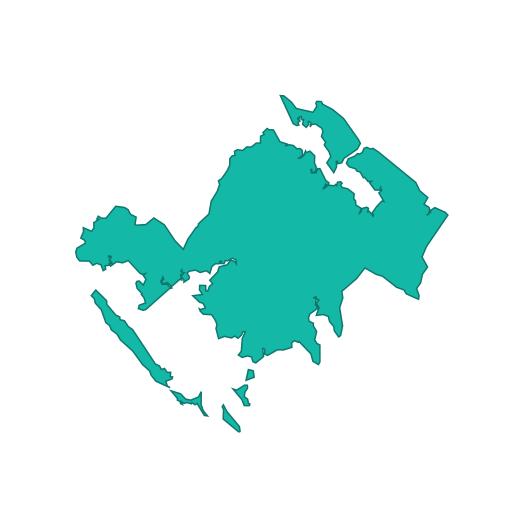 Wete, Kaskazini-Pemba, United Republic of Tanzania, rotated 304°
{"feature_id": "72390352B34611789685005", "entity_name": "Wete", "entity_type": "district", "adm_level": 2, "iso_a3": "TZA", "parent_name": "United Republic of Tanzania", "parent_adm1": "Kaskazini-Pemba", "projection": "orthographic", "projection_center": [39.725, -5.092], "detail": "fine", "context": "isolated", "style": "filled", "palette": "teal", "viewbox_px": 512, "rotation_deg": 304, "n_neighbors": 0, "source": "geoboundaries", "source_scale": "gbopen_adm2", "svg_char_len": 6153}
<svg xmlns="http://www.w3.org/2000/svg" viewBox="0 0 512 512"><g transform="rotate(304 256 256)"><path d="M203.4,110.5L200.9,106.6L200.8,103.0L197.7,103.4L198.3,105.1L192.9,102.9L188.8,105.9L184.5,105.9L182.9,97.0L179.7,99.4L172.9,100.7L173.2,105.3L171.2,107.4L162.4,103.2L158.6,104.3L154.9,108.0L153.3,112.6L158.6,120.7L157.1,126.0L160.8,127.9L162.0,132.4L158.4,137.5L161.0,138.8L163.5,136.4L166.4,139.6L167.5,138.5L169.1,139.4L170.5,136.5L174.1,136.2L172.8,134.2L174.4,133.5L173.3,134.0L174.6,135.3L174.2,136.6L170.9,136.9L169.6,140.6L167.9,139.0L166.3,141.1L173.3,143.7L175.7,149.2L180.8,152.6L176.8,169.6L177.2,172.1L179.4,174.0L176.8,173.5L175.2,177.8L168.9,178.8L170.0,173.2L168.4,171.5L166.3,171.7L162.7,175.6L160.9,182.8L159.9,182.6L158.9,186.3L155.4,190.7L149.9,186.7L146.6,187.9L147.9,192.8L150.0,194.6L180.3,202.4L182.4,204.0L182.2,199.8L183.6,199.1L180.1,194.1L181.5,191.3L184.7,191.0L185.0,192.2L187.1,189.7L185.4,192.3L182.1,191.9L180.9,194.5L184.4,197.5L183.7,203.1L194.3,206.0L194.5,207.8L198.8,203.5L198.1,204.8L201.2,205.3L201.0,204.0L201.7,202.0L203.0,202.1L201.3,203.7L202.2,205.9L197.3,205.1L195.8,209.7L194.0,210.9L199.5,213.2L201.3,212.6L203.2,208.6L205.9,209.0L210.4,213.7L211.1,218.9L216.1,223.2L215.7,227.5L222.5,225.3L226.6,226.5L229.1,229.8L231.7,229.1L232.2,230.6L229.8,230.5L231.8,233.8L235.0,233.1L236.1,235.1L240.9,237.6L241.7,241.6L238.5,244.0L239.6,241.1L238.4,237.4L232.5,237.0L226.4,231.6L221.3,233.1L210.0,231.2L208.9,235.5L204.8,234.4L199.8,235.6L199.1,233.8L203.4,230.8L200.2,225.7L196.4,228.0L194.1,233.1L187.7,225.8L186.1,235.3L187.2,238.3L184.8,243.1L180.8,240.3L180.6,238.6L179.0,240.8L178.3,245.0L182.5,252.0L180.4,257.4L177.5,261.9L173.5,263.4L166.6,271.2L171.8,274.9L174.4,281.6L177.8,283.2L177.7,287.1L182.4,288.2L185.7,287.4L187.4,289.4L179.7,290.9L168.8,297.1L164.1,296.7L164.2,301.3L168.5,304.9L169.7,308.7L166.7,312.6L167.2,315.6L176.9,318.5L183.2,313.2L183.6,315.5L179.5,318.1L180.1,321.2L190.2,326.2L193.5,331.3L200.3,336.8L204.0,334.1L207.2,335.2L208.1,339.4L209.2,339.5L205.5,356.4L200.5,362.1L200.9,368.5L203.8,368.3L218.0,358.7L217.5,355.5L219.3,351.5L227.3,348.5L230.2,342.5L232.3,341.2L231.6,336.6L234.0,334.1L238.1,333.0L247.2,336.4L248.9,332.5L254.9,329.3L253.2,326.8L255.7,328.5L254.1,330.9L254.6,332.8L250.6,332.4L248.5,337.1L240.5,339.2L245.0,344.4L246.4,349.6L242.7,353.8L241.1,359.9L237.8,362.7L235.1,369.8L237.4,370.6L246.4,366.9L259.9,354.3L269.8,351.4L274.7,346.9L293.3,352.0L307.0,353.0L308.0,366.0L310.0,372.1L308.7,389.9L310.6,397.7L308.7,401.7L311.0,415.0L314.3,413.4L318.9,407.3L325.7,407.5L333.9,404.2L342.8,404.4L348.0,394.2L359.5,392.0L397.2,392.2L398.0,388.4L396.1,377.2L391.4,375.2L390.0,376.3L385.0,374.9L388.7,375.3L391.9,373.7L393.1,372.1L392.9,366.4L400.5,365.8L401.7,355.1L406.3,347.4L410.7,299.3L410.7,292.8L408.5,291.0L408.1,287.1L405.7,285.4L401.0,286.2L398.3,284.7L397.7,282.9L394.3,282.2L388.0,278.1L383.3,279.2L382.1,283.4L384.0,290.0L382.8,291.8L383.8,295.6L380.9,301.3L382.0,302.2L380.4,307.3L382.5,310.0L380.2,309.4L377.2,317.6L379.9,322.0L382.5,321.1L380.7,323.5L377.0,322.6L372.7,331.6L371.7,329.5L364.3,328.4L356.0,328.2L356.0,330.4L354.5,330.9L356.4,324.8L355.1,324.0L358.4,322.6L358.4,320.6L354.7,317.3L351.3,318.5L349.4,317.9L354.3,316.6L354.1,310.2L357.3,307.8L358.2,304.9L362.5,302.6L363.0,294.3L361.0,289.2L362.0,286.5L364.5,286.7L364.9,284.7L362.7,282.3L359.5,283.5L359.8,282.0L358.1,281.7L355.6,277.2L356.1,276.1L354.7,276.4L353.6,275.7L354.2,274.1L352.1,275.7L350.8,274.9L351.6,274.2L349.8,274.3L349.5,274.1L351.5,273.8L351.8,274.2L351.1,274.9L351.9,275.4L353.9,273.5L354.4,274.5L354.0,275.6L354.4,275.9L357.5,275.5L357.7,271.5L364.1,260.2L363.1,258.3L358.5,259.3L355.9,255.6L358.2,253.1L359.0,253.8L356.3,255.9L359.7,258.3L363.8,255.8L365.8,252.4L371.9,248.7L373.1,242.1L369.9,239.9L370.8,238.3L366.0,239.5L362.1,238.2L361.2,236.8L365.7,238.4L369.5,235.0L369.7,232.4L367.7,230.0L368.5,225.2L366.8,221.3L363.6,218.7L366.2,219.2L364.1,212.0L370.3,199.9L367.9,196.2L368.0,194.0L362.2,192.7L361.2,194.9L357.9,192.8L352.1,196.5L349.8,193.1L343.7,191.2L341.2,187.3L336.1,186.0L333.7,181.1L330.7,179.6L327.9,182.3L325.5,180.2L322.0,179.9L316.8,183.4L310.3,184.4L301.0,184.3L297.4,182.8L295.0,185.8L288.2,187.7L276.5,188.2L264.5,193.5L250.6,190.3L247.8,191.4L246.2,190.4L231.9,190.1L220.9,192.0L223.3,180.4L230.6,162.6L230.4,150.0L220.4,147.1L214.6,139.5L214.4,138.1L221.2,134.9L220.4,128.6L222.9,124.0L222.7,119.9L218.8,111.9L203.4,110.5ZM403.4,199.3L404.3,189.4L402.6,186.5L386.5,212.9L386.9,216.8L388.6,218.3L390.0,216.0L392.4,217.0L392.9,213.7L394.2,213.8L394.3,215.6L395.7,214.3L397.0,215.6L394.6,218.0L395.7,219.2L391.2,221.1L390.7,225.7L394.8,226.1L396.2,224.2L397.3,224.6L396.9,227.4L393.2,228.6L396.0,228.6L398.7,231.3L398.7,239.1L396.6,241.9L391.6,243.5L389.3,250.1L386.2,250.5L383.3,258.2L380.1,262.5L372.8,262.6L368.6,273.9L374.8,273.0L379.3,269.7L380.0,270.3L378.3,272.3L381.3,275.0L386.1,274.3L401.2,280.2L407.7,279.6L409.8,275.8L419.0,251.6L420.3,237.3L419.1,226.6L420.5,223.8L418.3,220.0L416.3,220.1L414.0,222.7L407.0,222.9L400.8,206.9L403.4,199.3ZM138.2,142.2L131.0,141.6L130.2,145.8L127.1,149.1L124.9,157.8L116.8,168.8L116.5,173.5L113.9,177.3L113.5,184.6L110.6,190.5L108.3,207.0L102.5,222.9L101.3,232.0L98.5,235.8L96.2,243.2L98.8,258.4L98.7,255.0L101.8,251.3L107.1,255.1L109.1,254.5L108.1,252.4L111.9,250.3L109.8,247.6L111.6,243.0L109.0,241.1L110.9,237.5L110.2,233.0L126.0,194.8L126.1,189.5L128.8,183.0L127.1,178.9L129.3,177.1L128.6,172.8L132.4,159.5L135.4,157.1L138.2,142.2ZM99.6,270.6L96.7,260.9L94.0,270.5L92.5,271.4L93.0,274.5L91.5,275.9L91.8,278.0L93.5,275.5L93.6,278.8L96.0,280.9L97.3,285.1L98.6,284.9L98.6,288.7L100.8,289.6L94.9,302.3L96.3,305.2L98.3,298.6L102.1,293.6L112.9,286.4L107.0,287.2L100.0,282.5L98.0,277.6L99.6,270.6ZM110.8,318.7L114.4,312.2L112.1,312.3L110.4,315.1L102.5,319.9L100.5,340.0L101.6,340.9L105.3,337.7L110.8,318.7ZM142.5,318.7L134.0,315.0L132.9,311.3L129.0,324.7L125.4,329.9L128.2,334.2L129.8,333.8L129.8,332.0L132.7,329.0L132.8,324.9L137.2,322.9L141.7,322.9L144.0,321.1L142.5,318.7ZM159.3,317.9L157.6,313.2L147.4,317.3L154.5,322.3L159.3,317.9Z" fill="#14b8a6" stroke="#0f766e" stroke-width="1.5"/></g></svg>